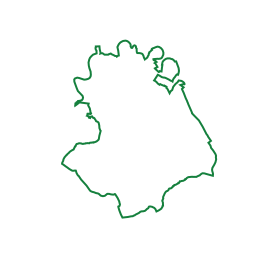 Farcasa, Maramures, Romania, rotated 240°
{"feature_id": "2599482B60199590435941", "entity_name": "Farcasa", "entity_type": "district", "adm_level": 2, "iso_a3": "ROU", "parent_name": "Romania", "parent_adm1": "Maramures", "projection": "natural_earth1", "projection_center": [23.328, 47.604], "detail": "fine", "context": "isolated", "style": "outline", "palette": "green", "viewbox_px": 256, "rotation_deg": 240, "n_neighbors": 0, "source": "geoboundaries", "source_scale": "gbopen_adm2", "svg_char_len": 5827}
<svg xmlns="http://www.w3.org/2000/svg" viewBox="0 0 256 256"><g transform="rotate(240 128 128)"><path d="M137.7,198.8L138.3,199.1L139.3,199.1L140.0,198.9L140.9,198.5L142.0,197.9L142.5,197.3L143.8,195.7L142.8,193.7L142.7,192.9L142.4,191.2L141.3,188.4L140.9,187.6L138.8,185.3L138.5,183.3L137.3,181.4L141.7,181.7L142.8,181.6L143.6,181.3L144.4,182.0L146.4,180.8L146.2,180.5L148.8,178.5L149.9,177.8L149.7,176.9L151.7,176.0L153.1,175.8L154.9,175.2L156.1,174.4L158.3,178.7L159.2,180.4L157.4,181.6L155.2,182.7L154.4,183.5L153.6,184.4L153.5,184.7L152.7,185.5L149.4,187.7L147.5,188.7L146.8,189.5L146.0,189.8L147.1,190.9L148.1,192.4L148.5,193.7L149.7,196.2L149.9,197.4L149.1,197.9L149.7,198.7L150.9,199.8L152.0,200.7L154.6,201.8L161.6,203.0L162.2,201.7L163.1,201.7L164.6,201.3L164.9,201.0L165.6,200.7L165.9,200.2L167.4,199.0L168.5,197.1L168.9,195.6L168.9,194.6L168.6,192.6L168.1,191.3L167.7,190.8L165.7,189.0L165.4,189.3L163.3,187.6L160.2,185.3L161.4,183.9L161.0,183.3L161.1,182.6L165.5,181.2L166.2,181.1L166.1,184.0L170.1,184.0L170.9,183.6L171.1,185.0L171.0,185.7L172.1,185.4L174.1,184.2L174.9,184.2L174.7,184.3L174.9,184.4L174.7,185.0L173.3,187.9L172.4,189.4L171.9,190.8L171.8,192.0L172.4,193.2L173.8,195.2L175.5,196.3L177.4,196.8L178.7,196.9L180.7,196.5L182.6,195.5L183.5,194.5L183.8,194.0L184.2,192.0L184.3,190.7L184.6,189.5L184.6,188.3L184.4,187.9L183.6,187.9L183.4,186.6L183.1,185.8L182.9,184.2L182.2,183.8L182.1,183.3L180.9,182.4L180.2,181.0L179.5,180.2L179.1,178.8L179.1,178.0L179.3,177.7L179.0,176.9L180.9,177.0L183.0,177.5L184.6,177.5L185.1,177.4L186.0,176.7L187.0,175.6L188.3,173.5L189.4,173.6L191.3,174.5L192.4,175.2L193.4,175.0L194.6,175.6L195.4,175.6L196.3,175.0L196.4,174.6L196.3,173.5L195.3,171.8L195.3,171.5L195.8,171.0L197.4,171.1L198.2,171.6L199.2,172.0L200.5,171.9L201.9,171.6L203.3,171.0L203.6,170.8L204.6,169.9L205.0,169.3L205.8,167.3L205.9,166.1L205.9,164.4L205.8,163.8L205.2,162.0L204.9,161.5L203.4,159.3L199.9,158.2L195.4,156.3L195.6,155.8L195.4,154.0L196.0,154.0L197.1,152.6L197.8,152.3L200.2,150.6L201.1,150.3L201.5,148.3L201.3,147.8L202.4,145.8L203.0,144.7L203.3,144.3L205.5,143.3L206.1,142.2L206.3,141.3L206.8,141.8L210.4,142.9L213.0,144.1L214.7,140.9L213.8,140.4L213.7,140.0L213.2,139.7L212.0,139.3L210.8,139.4L208.3,138.1L209.0,134.5L208.5,132.2L207.8,130.2L206.7,128.7L204.5,126.6L201.5,125.2L199.2,124.5L195.5,123.8L192.6,122.4L191.3,121.3L190.5,119.7L190.5,117.9L191.1,115.7L191.8,114.2L195.7,110.7L197.0,109.2L197.4,106.8L196.9,105.7L194.9,104.7L188.1,103.5L185.1,103.1L178.5,104.7L176.9,104.3L175.7,103.2L175.2,102.0L175.6,100.0L176.4,98.1L176.0,97.4L176.0,96.4L175.6,96.2L175.8,96.1L175.6,95.5L175.6,94.8L175.1,94.7L174.2,93.7L173.8,93.5L173.9,94.8L174.4,98.4L174.3,99.0L168.8,106.1L167.6,104.9L167.3,104.8L164.0,104.7L163.3,104.4L161.2,103.8L160.7,103.4L160.1,103.2L159.5,103.4L159.0,103.3L158.9,103.0L158.9,102.5L160.2,100.8L160.6,100.1L160.3,99.7L159.8,99.7L159.4,99.4L159.2,99.0L158.7,99.1L158.7,98.9L157.4,99.9L156.9,99.5L156.7,99.6L156.8,99.7L156.6,99.9L156.6,100.0L156.5,100.3L156.0,99.8L155.9,100.0L156.3,100.4L156.0,100.5L156.5,100.9L156.2,101.2L156.2,101.4L156.3,101.5L156.4,102.5L156.9,102.5L156.0,102.7L155.6,102.8L154.7,102.7L154.1,103.0L153.9,103.5L153.2,103.8L152.8,103.7L151.4,103.9L149.8,103.8L148.5,104.8L147.5,105.2L146.2,104.9L144.4,104.3L142.2,103.2L139.8,102.8L139.2,102.9L135.6,99.3L133.0,97.2L132.5,96.4L132.1,94.1L132.3,92.5L132.6,91.0L132.9,91.0L133.1,90.6L133.1,90.1L133.4,89.6L133.5,89.1L133.8,88.8L134.3,87.5L134.1,86.9L135.2,85.3L135.3,84.8L135.9,83.9L135.9,83.2L136.5,81.9L136.7,81.1L137.2,80.4L137.9,79.9L138.9,78.6L139.4,77.5L139.4,76.7L139.7,76.0L139.8,75.4L138.8,73.7L138.4,73.4L138.5,72.7L137.8,72.1L137.4,71.1L137.1,70.9L137.0,70.6L136.6,70.2L136.6,69.5L136.7,68.7L136.6,66.5L136.4,65.3L135.9,63.9L135.8,62.8L135.3,61.6L135.4,61.4L134.3,58.3L133.1,56.4L132.0,55.5L130.9,53.8L130.3,53.2L129.8,53.0L128.8,53.6L125.8,54.9L124.8,55.4L121.8,56.7L119.0,58.3L118.6,58.8L118.2,59.5L117.7,60.8L117.2,61.5L114.6,60.9L112.0,60.9L111.7,61.0L111.2,61.3L106.8,61.6L98.8,63.3L92.9,63.8L92.0,64.1L90.6,65.1L89.4,66.4L87.6,67.8L86.3,69.3L85.3,69.9L83.2,70.5L81.7,71.9L81.4,72.4L80.9,73.9L80.9,74.4L81.3,76.8L81.2,77.4L80.4,78.7L79.0,80.1L77.8,81.7L77.4,82.5L77.4,83.5L77.1,83.8L72.6,84.0L68.8,83.7L67.4,83.2L66.0,82.9L65.7,82.7L64.8,81.8L64.7,81.2L64.9,80.5L64.7,80.2L64.3,80.1L61.0,79.3L56.6,78.6L53.2,78.4L51.0,83.4L50.0,86.4L49.2,88.1L49.3,89.1L49.0,90.0L49.2,91.2L49.0,94.4L49.0,95.5L49.2,96.1L49.3,96.9L49.0,98.1L48.2,99.7L47.8,101.3L48.0,102.5L48.4,103.9L48.4,105.4L49.3,106.6L49.4,107.0L48.9,108.1L48.3,108.7L47.9,109.3L45.7,110.8L44.0,111.2L41.5,110.9L41.3,113.0L41.3,114.1L41.5,116.6L42.1,117.5L42.3,118.1L43.2,118.9L43.3,119.1L43.2,119.5L46.1,121.0L47.5,121.2L48.0,121.4L48.3,121.8L48.3,122.1L48.9,122.6L49.2,123.2L50.5,123.8L51.0,124.3L51.7,125.4L53.0,127.1L53.8,128.7L54.0,129.6L53.8,130.7L53.9,131.6L54.1,132.1L54.7,132.8L54.9,133.4L54.8,133.9L54.3,134.8L54.4,136.4L54.7,136.8L54.6,137.2L54.8,137.7L55.2,138.1L54.9,138.6L55.4,139.3L55.5,139.7L55.2,140.1L55.0,141.0L55.0,143.3L54.9,143.9L55.3,144.2L55.0,144.8L55.9,146.2L55.5,146.6L55.4,147.7L54.7,149.4L54.6,151.6L54.7,151.8L55.1,151.9L55.1,152.1L54.8,152.7L55.3,153.9L55.3,155.6L53.7,159.2L53.3,159.6L51.4,162.9L51.5,163.3L51.3,165.6L51.1,166.3L51.5,167.7L51.6,169.2L51.5,170.0L50.3,171.7L49.8,172.1L44.2,177.6L45.6,178.6L46.7,179.0L48.8,179.5L49.9,180.0L51.3,181.2L53.1,184.4L54.6,186.6L56.8,188.7L58.8,189.5L59.8,190.3L60.5,190.5L61.8,190.7L66.1,190.5L69.2,190.0L71.5,190.6L75.0,190.3L75.4,193.4L80.7,193.0L81.7,193.2L83.3,192.9L91.7,193.3L99.1,193.2L105.7,191.5L108.6,190.8L108.8,191.0L111.1,191.3L118.4,192.1L120.0,192.4L120.6,192.4L121.0,192.5L122.3,192.7L124.9,192.9L130.5,193.8L134.8,194.2L135.4,196.5L139.0,194.9L138.4,197.6L137.7,198.5L137.7,198.8Z" fill="none" stroke="#15803d" stroke-width="2"/></g></svg>